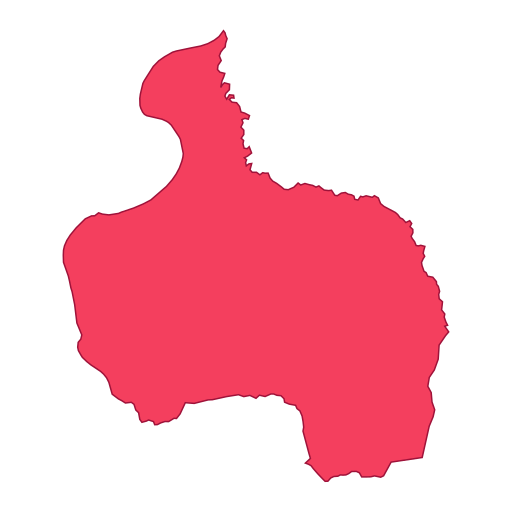 the district of Ananás, Tocantins, Brazil
{"feature_id": "56859067B59489499559631", "entity_name": "Ananás", "entity_type": "district", "adm_level": 2, "iso_a3": "BRA", "parent_name": "Brazil", "parent_adm1": "Tocantins", "projection": "natural_earth1", "projection_center": [-48.183, -6.194], "detail": "fine", "context": "isolated", "style": "filled", "palette": "rose", "viewbox_px": 512, "rotation_deg": 0, "n_neighbors": 0, "source": "geoboundaries", "source_scale": "gbopen_adm2", "svg_char_len": 3638}
<svg xmlns="http://www.w3.org/2000/svg" viewBox="0 0 512 512"><path d="M98.6,212.8L94.7,215.8L91.5,215.9L85.3,218.8L76.3,227.7L70.3,235.0L66.8,240.5L64.5,245.8L63.5,250.2L63.3,255.1L63.5,262.3L68.3,275.9L69.5,281.0L70.9,287.9L72.1,291.7L74.7,304.8L76.9,323.0L81.8,334.9L80.8,339.2L78.2,342.3L77.7,347.2L78.4,350.6L81.0,355.2L82.4,357.4L86.8,361.6L90.9,364.9L100.5,371.3L103.6,374.1L106.6,377.8L108.9,382.4L112.2,394.2L118.4,398.9L121.8,400.7L125.4,403.0L131.3,402.3L134.0,404.3L135.8,410.0L138.6,412.7L139.8,419.4L141.9,422.3L146.3,421.1L148.6,420.0L153.5,421.6L154.7,424.7L157.4,424.6L160.7,422.9L165.0,421.5L168.6,421.6L174.0,418.3L176.5,418.5L180.1,413.9L185.3,402.7L194.2,403.4L208.1,399.9L212.4,399.7L226.5,396.6L238.5,394.7L243.8,396.6L249.9,395.4L256.0,398.3L259.4,395.2L265.1,396.5L270.8,394.0L273.7,394.0L276.9,395.3L281.0,395.7L284.0,398.7L284.6,402.2L289.2,404.1L295.6,405.3L297.0,408.6L299.9,410.9L302.1,416.0L303.1,421.8L303.7,427.2L303.0,431.1L308.9,453.2L310.4,458.4L305.4,463.1L308.6,464.3L311.1,465.7L313.2,468.5L317.9,473.9L322.6,478.8L325.1,481.3L327.9,481.2L330.7,478.0L333.8,476.5L337.9,476.2L340.4,474.9L343.0,475.1L345.9,474.9L348.7,473.6L351.6,471.5L356.3,471.4L359.4,472.8L361.7,476.9L366.8,476.9L370.8,476.8L374.5,475.9L380.7,477.2L383.6,475.8L391.1,462.1L422.2,457.5L427.0,436.0L429.2,426.2L433.1,416.8L434.7,409.8L432.0,402.0L431.2,392.6L427.8,386.3L429.3,377.4L434.3,370.0L438.2,359.2L439.1,345.1L445.5,335.7L448.7,331.9L444.7,326.2L447.6,325.3L445.9,322.0L444.2,317.1L444.8,314.0L441.6,309.9L442.5,301.8L439.2,298.8L438.7,294.4L439.6,291.3L438.3,286.3L436.6,284.3L436.4,281.6L432.8,277.2L427.7,276.2L426.1,272.6L424.0,271.3L422.0,265.5L421.5,262.4L423.2,258.7L424.7,256.3L423.2,253.4L423.7,250.7L424.9,246.4L420.8,245.3L418.3,245.9L416.1,245.5L414.6,241.7L412.2,238.5L411.1,236.3L412.9,232.8L412.8,229.4L410.0,226.7L411.7,223.5L409.7,220.7L405.8,222.5L402.6,219.0L400.1,217.8L397.7,214.5L395.4,212.5L383.9,206.4L380.6,203.6L378.3,197.9L374.4,195.7L372.3,197.3L369.1,196.5L366.1,195.8L362.8,196.9L360.6,196.3L358.0,200.0L354.7,199.3L354.0,196.2L351.5,194.8L348.2,194.2L345.3,192.5L341.3,193.1L337.3,195.7L334.8,195.3L331.5,190.2L328.7,190.6L324.2,190.1L320.9,187.6L318.9,185.9L316.0,187.1L312.7,185.4L309.3,184.7L304.9,183.5L300.7,185.0L298.1,183.0L293.8,187.3L290.5,188.7L288.3,189.7L284.2,189.3L281.5,187.0L276.7,183.4L272.7,181.1L270.1,178.1L268.1,173.1L265.1,173.2L262.7,172.7L259.9,174.8L256.5,172.3L252.2,172.3L250.0,169.8L251.7,163.5L248.9,163.9L246.3,165.9L245.6,162.5L246.6,159.8L244.3,157.8L247.6,156.1L251.6,153.0L249.2,146.7L247.2,148.7L244.1,148.2L243.0,143.8L243.6,140.5L241.2,138.2L243.8,134.5L243.8,130.2L240.9,127.1L243.0,122.8L241.9,119.6L244.9,118.4L248.3,119.2L249.5,115.6L244.7,113.1L241.0,112.0L239.6,106.5L236.6,102.7L232.1,102.2L229.3,99.5L231.4,97.8L234.0,98.1L233.6,95.2L229.4,94.8L226.7,99.2L224.9,96.2L225.8,93.4L229.4,89.7L229.6,84.2L224.4,82.8L222.5,84.6L220.7,87.5L222.0,80.8L223.7,76.9L224.8,73.4L219.9,72.2L217.5,69.5L218.0,65.4L221.2,60.6L219.3,55.8L220.8,52.0L223.0,49.1L225.2,46.9L225.6,43.4L227.1,38.7L225.7,35.5L225.1,32.9L223.5,30.7L219.0,36.6L214.3,40.2L207.7,43.7L200.7,46.0L190.1,48.1L176.4,51.0L172.5,52.2L164.5,56.8L158.9,60.7L153.3,66.4L144.3,80.6L142.9,83.4L140.4,94.0L139.8,98.5L140.0,105.4L140.8,108.2L142.6,112.0L144.4,114.3L146.8,115.7L162.0,119.2L166.4,121.2L168.5,122.5L171.3,125.1L179.0,136.6L180.4,139.3L183.3,153.6L182.9,157.2L181.8,161.5L179.4,168.0L176.2,174.0L172.2,179.8L166.4,186.5L164.4,188.2L150.8,200.0L143.1,204.0L133.5,208.1L121.2,212.2L118.6,213.4L108.9,214.9L102.4,214.1L98.6,212.8Z" fill="#f43f5e" stroke="#9f1239" stroke-width="1.5"/></svg>